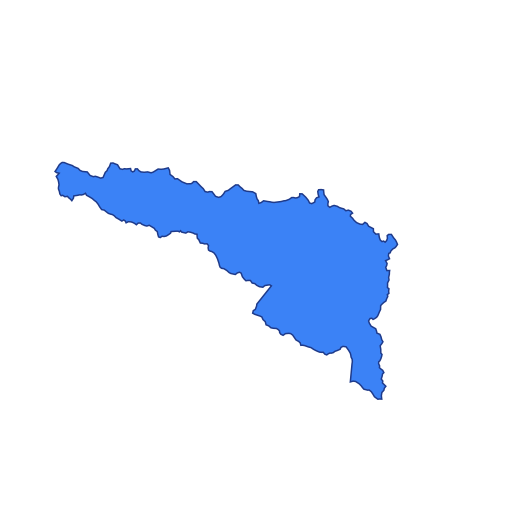 Arenópolis, Goiás, Brazil (Robinson projection), rotated 324°
{"feature_id": "56859067B45082876942592", "entity_name": "Arenópolis", "entity_type": "district", "adm_level": 2, "iso_a3": "BRA", "parent_name": "Brazil", "parent_adm1": "Goiás", "projection": "robinson", "projection_center": [-51.603, -16.343], "detail": "fine", "context": "isolated", "style": "filled", "palette": "blue", "viewbox_px": 512, "rotation_deg": 324, "n_neighbors": 0, "source": "geoboundaries", "source_scale": "gbopen_adm2", "svg_char_len": 5495}
<svg xmlns="http://www.w3.org/2000/svg" viewBox="0 0 512 512"><g transform="rotate(324 256 256)"><path d="M251.4,160.7L249.2,159.1L247.6,159.5L245.9,159.3L242.5,157.0L239.7,152.5L237.9,147.3L235.7,146.0L235.5,143.0L234.4,139.5L236.4,135.9L236.8,133.1L232.5,131.4L230.2,130.1L227.9,128.1L222.1,127.7L220.0,127.0L217.8,124.3L214.7,122.5L212.3,120.3L211.4,118.0L211.3,115.8L209.6,114.6L207.5,115.8L205.7,115.5L205.0,113.7L205.9,111.5L202.3,109.4L200.8,108.0L199.0,107.5L197.2,105.5L197.6,100.8L196.0,98.4L195.0,96.7L193.0,95.5L190.0,97.5L187.3,98.3L185.7,99.4L183.3,99.7L178.4,102.6L176.1,101.7L174.4,99.1L172.9,97.1L171.0,96.2L169.1,93.3L168.9,88.8L165.2,85.5L163.9,83.2L163.6,80.6L161.3,76.9L160.6,74.9L157.8,71.0L155.8,67.7L154.2,66.4L152.3,66.3L150.4,66.6L146.2,68.4L143.1,69.5L143.7,71.4L145.4,73.3L143.1,73.9L141.2,74.2L140.8,77.6L139.9,79.9L138.5,82.6L136.6,84.3L135.6,85.6L134.9,88.1L133.8,90.5L133.8,92.7L135.3,93.3L136.2,95.7L138.5,96.9L138.7,98.8L139.3,101.0L139.5,103.0L142.3,101.9L143.9,100.3L145.5,101.1L147.0,101.9L149.4,102.9L150.6,104.0L152.6,104.8L154.9,105.0L154.6,107.3L155.5,109.1L156.3,110.9L157.3,113.3L157.8,115.7L158.6,118.3L158.7,121.5L158.4,124.4L158.4,127.7L160.2,129.7L160.9,132.3L161.6,134.7L163.0,136.7L164.2,138.1L165.0,140.2L165.3,142.6L166.6,145.4L168.0,148.9L170.2,149.1L170.8,151.0L170.4,152.8L172.9,153.2L175.0,155.0L176.1,156.6L177.0,158.4L177.6,160.4L180.0,160.1L181.9,161.4L182.3,163.2L184.0,166.1L185.3,167.6L187.7,168.4L189.0,171.5L190.0,173.9L189.8,175.9L190.5,178.2L189.2,181.0L188.4,183.3L189.4,184.8L191.6,184.8L193.1,186.2L195.2,187.1L197.8,187.3L200.3,187.3L201.7,186.3L204.2,187.9L206.0,189.0L207.5,190.1L208.3,191.5L209.8,191.2L209.9,193.0L211.2,194.5L212.7,196.2L215.2,196.4L217.0,198.3L218.7,200.6L219.5,202.3L221.1,203.7L219.8,205.7L219.0,207.1L219.3,209.2L218.9,211.1L218.6,212.8L220.4,214.4L221.4,215.9L223.6,217.4L223.7,219.7L222.1,221.2L221.1,223.3L221.7,225.0L222.8,226.3L223.8,228.7L223.9,231.7L223.2,235.6L221.7,240.3L220.9,242.1L220.4,244.0L220.9,245.7L222.6,247.4L223.9,250.7L224.5,253.6L225.3,255.3L228.4,258.8L231.0,258.7L233.2,259.5L233.9,261.2L232.8,264.8L232.9,267.8L233.3,270.1L235.1,271.0L237.1,272.5L237.0,275.6L238.8,277.6L239.4,280.2L240.7,282.8L243.2,285.3L245.7,285.1L248.4,286.4L250.2,287.4L250.9,289.2L228.4,295.4L227.1,296.8L224.1,298.8L221.7,298.6L219.7,300.3L220.7,302.4L222.1,304.4L223.9,306.9L224.9,308.7L224.3,311.5L224.9,314.6L223.7,317.6L225.2,319.9L225.9,322.9L227.8,324.9L229.9,326.6L230.7,328.4L231.0,330.3L230.1,331.9L230.1,333.9L231.3,336.1L234.2,336.1L237.0,337.8L238.4,339.1L239.2,341.5L239.1,344.4L239.0,347.4L240.3,350.2L240.7,352.2L239.8,354.6L241.3,355.6L242.8,357.2L244.9,360.3L246.7,362.5L247.6,365.1L248.6,367.2L249.7,369.2L250.9,371.1L252.2,372.3L253.8,373.4L254.0,375.9L255.1,377.6L256.9,377.6L258.5,377.9L259.9,378.9L261.8,379.6L263.8,379.5L266.1,380.2L269.2,380.9L271.0,379.9L273.2,380.2L275.5,382.4L275.5,384.4L275.5,386.6L275.2,389.9L274.5,391.8L273.5,393.7L273.1,396.1L271.7,398.3L270.3,399.7L258.3,413.3L261.0,414.3L262.8,416.0L264.4,420.1L264.8,422.9L264.8,424.9L265.0,427.2L266.3,428.7L267.4,430.1L268.8,431.0L269.5,433.5L269.4,436.5L269.1,439.5L270.4,443.5L271.9,444.3L273.6,445.7L275.3,442.7L277.6,440.4L280.5,439.8L282.1,438.4L284.5,437.7L283.7,433.0L285.1,431.7L285.0,429.2L287.5,427.3L289.0,425.8L290.9,425.5L291.3,423.0L290.6,420.7L290.2,418.9L291.4,417.6L291.9,415.2L293.1,413.7L294.6,413.6L296.8,412.4L298.8,410.9L300.1,409.7L299.9,408.0L300.9,406.5L302.1,404.8L303.7,401.6L306.2,400.9L308.3,400.0L308.5,397.7L309.7,394.6L310.2,392.2L308.5,389.4L309.3,387.8L310.1,385.2L309.0,382.8L307.9,380.4L308.2,377.0L308.9,374.7L311.5,373.6L313.1,374.4L313.4,376.1L315.2,376.4L317.5,376.5L319.4,375.9L321.1,374.9L323.2,373.6L325.3,372.5L327.7,369.4L329.6,369.0L332.2,368.7L334.6,368.8L336.7,367.3L338.8,366.2L339.6,364.4L341.5,364.4L342.7,362.3L344.3,360.7L343.8,358.8L345.1,357.2L346.6,355.1L349.5,353.6L350.7,351.3L353.2,349.1L354.4,347.5L355.6,346.3L353.3,344.7L354.3,341.4L356.0,340.6L357.6,339.2L358.1,335.9L360.1,336.4L362.4,336.7L363.1,333.8L364.9,331.9L366.5,332.3L367.8,331.3L370.7,330.7L373.2,331.0L374.8,330.7L377.3,329.8L377.9,327.2L378.2,325.0L378.0,322.3L378.2,318.1L376.0,316.5L374.1,316.6L372.7,319.0L370.7,320.3L368.6,320.7L368.0,318.9L366.4,318.4L365.9,316.1L366.5,314.0L367.2,312.4L368.3,310.3L365.8,308.7L365.3,305.4L367.0,302.9L364.6,298.1L364.9,295.0L363.9,292.8L360.8,293.1L358.9,291.4L357.0,288.1L356.3,284.7L356.3,282.2L355.7,279.3L356.9,278.0L359.3,278.1L359.2,275.7L357.7,273.2L355.3,272.2L354.7,269.5L353.2,267.6L351.9,265.8L351.0,263.6L348.9,261.0L346.8,260.3L344.3,260.0L343.7,257.6L344.9,255.9L346.5,254.5L347.0,252.0L347.1,249.3L347.1,246.4L348.6,243.7L349.5,242.3L347.8,240.6L345.6,239.2L343.9,240.1L342.5,242.7L341.7,245.2L339.2,244.5L336.9,245.2L335.2,246.9L331.9,246.4L330.5,244.6L331.0,241.7L330.9,239.5L330.8,237.6L330.4,235.5L329.9,232.9L328.0,231.4L326.1,233.5L323.6,233.1L321.9,232.2L320.8,230.8L319.2,229.7L316.3,229.7L312.6,228.7L310.9,227.7L308.3,226.7L304.1,224.4L302.1,223.3L300.4,221.8L299.2,220.4L297.6,218.9L294.6,215.8L291.5,215.8L289.3,215.1L290.4,212.6L290.4,210.4L291.3,207.9L292.5,205.4L291.0,202.1L286.4,198.0L284.7,195.7L284.5,193.3L283.7,190.4L283.4,188.1L281.3,186.5L277.2,186.5L274.5,186.5L272.2,186.6L269.0,185.6L266.2,186.7L264.5,187.1L262.6,187.4L260.2,186.6L258.3,183.9L258.3,181.8L258.2,178.1L256.2,176.5L254.5,176.0L252.7,174.0L252.9,170.5L252.3,167.4L251.4,160.7Z" fill="#3b82f6" stroke="#1e3a8a" stroke-width="1.5"/></g></svg>